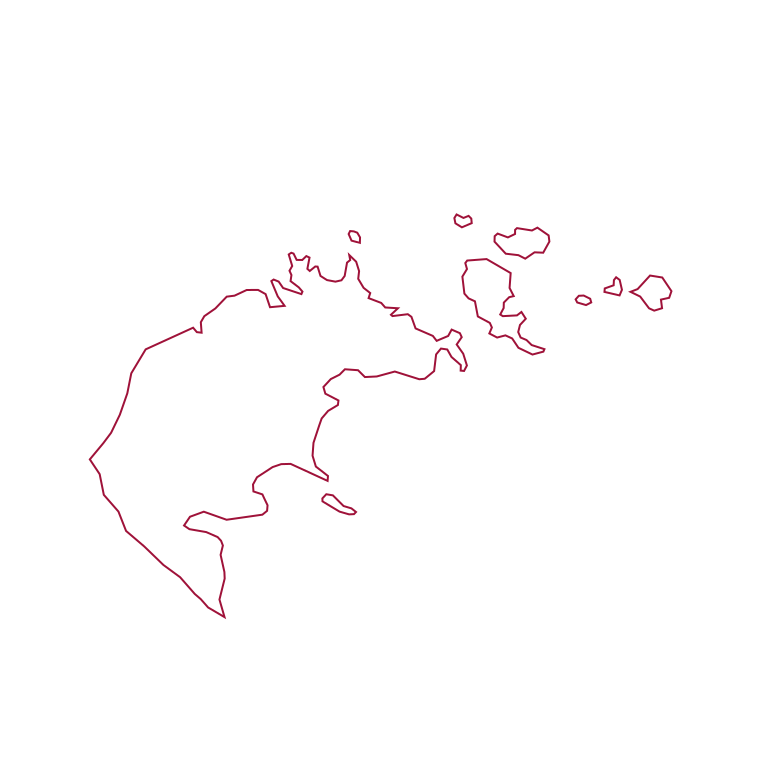 Cholsan, P'yŏngan-bukto, North Korea, rotated 248°
{"feature_id": "82179303B45759472884401", "entity_name": "Cholsan", "entity_type": "district", "adm_level": 2, "iso_a3": "PRK", "parent_name": "North Korea", "parent_adm1": "P'yŏngan-bukto", "projection": "natural_earth1", "projection_center": [124.652, 39.648], "detail": "fine", "context": "isolated", "style": "outline", "palette": "rose", "viewbox_px": 768, "rotation_deg": 248, "n_neighbors": 0, "source": "geoboundaries", "source_scale": "gbopen_adm2", "svg_char_len": 3227}
<svg xmlns="http://www.w3.org/2000/svg" viewBox="0 0 768 768"><g transform="rotate(248 384 384)"><path d="M414.2,85.1L406.9,86.6L386.2,82.7L365.2,90.0L344.4,89.8L323.3,100.8L298.8,111.7L281.2,122.6L260.2,129.9L253.2,133.5L242.7,137.2L227.6,148.8L245.8,150.7L263.3,163.4L269.5,165.6L286.8,168.5L294.6,174.1L299.6,174.2L304.4,172.4L313.3,163.7L322.3,149.2L327.7,145.6L333.6,154.4L333.1,169.1L317.1,187.2L308.4,222.3L310.2,228.1L315.2,230.6L323.0,230.1L327.2,229.9L333.3,222.7L339.9,224.9L345.1,231.3L348.7,249.6L348.2,258.7L344.9,267.5L315.3,295.4L319.7,297.6L333.0,289.9L344.3,290.9L355.9,296.6L370.3,308.8L375.4,313.3L380.0,322.1L381.8,333.4L385.8,335.6L397.0,326.0L403.9,326.7L408.5,336.5L409.3,346.3L412.3,353.3L406.5,365.1L397.6,368.9L393.7,380.1L391.5,398.7L375.2,418.5L373.6,423.7L374.1,425.4L377.2,435.3L391.9,443.4L395.5,450.1L392.3,455.6L383.8,456.7L372.7,462.3L367.7,460.1L366.1,463.1L370.1,467.8L382.4,468.8L393.4,466.2L398.3,473.6L402.7,473.4L409.1,467.1L404.5,461.5L404.3,449.0L410.3,447.3L423.7,434.1L426.5,434.2L436.0,434.6L439.8,432.2L443.8,417.3L445.6,416.4L449.0,425.3L454.5,413.8L460.2,411.8L469.4,401.9L473.5,405.3L480.8,401.1L491.2,399.5L498.0,403.2L507.8,404.0L516.6,400.1L511.6,399.1L510.4,395.2L498.9,388.0L496.1,383.4L497.1,377.3L501.7,370.1L503.9,368.5L508.0,365.6L517.7,366.4L518.7,364.3L516.6,357.5L519.5,356.1L529.1,362.3L531.7,359.9L529.6,354.7L531.8,349.5L538.8,349.0L540.4,347.2L539.8,344.2L527.8,343.1L524.4,338.8L519.7,339.0L514.4,335.9L505.5,341.2L500.2,343.0L498.3,341.1L510.8,326.4L518.4,324.7L522.2,320.8L521.6,318.1L505.0,318.3L499.1,319.8L493.7,321.1L497.9,307.1L511.7,307.9L518.4,302.5L522.6,291.9L521.9,278.5L523.9,270.9L517.2,255.9L514.2,242.8L509.9,237.3L499.9,234.1L502.2,229.9L507.7,228.1L505.4,176.0L488.6,153.7L471.5,142.5L454.5,127.6L441.0,112.7L434.3,101.6L424.3,83.0L414.2,85.1ZM454.2,496.9L437.7,492.4L431.7,494.5L426.6,499.3L411.5,496.3L401.0,505.0L396.0,505.2L391.4,500.6L384.7,506.3L383.6,514.8L378.2,519.9L367.2,522.2L355.7,532.7L354.3,543.9L356.2,545.8L364.8,535.5L371.4,532.6L375.9,528.1L381.9,527.9L387.8,532.2L391.4,539.9L399.3,538.4L397.8,533.0L402.4,519.6L404.9,517.8L409.6,523.4L414.6,525.6L417.6,532.6L416.9,537.2L426.0,536.4L439.4,543.0L461.4,525.9L465.5,513.0L467.3,507.4L465.7,504.7L459.5,504.0L454.2,496.9ZM471.5,584.8L470.9,578.7L478.7,565.7L477.8,563.3L474.0,561.7L473.5,553.8L480.9,545.7L479.6,542.0L474.6,539.8L459.2,545.7L453.1,556.9L447.3,561.9L449.7,572.9L446.1,580.8L454.1,590.7L460.1,592.3L471.5,584.8ZM378.5,681.9L384.9,671.3L377.0,654.7L377.1,647.1L369.1,654.3L354.9,658.1L350.8,662.0L350.1,670.2L358.5,672.4L357.1,680.7L362.4,685.3L378.5,681.9ZM280.9,307.2L286.0,300.8L299.9,294.9L303.4,289.2L301.0,284.0L298.2,283.0L282.3,295.0L276.2,302.8L274.6,307.4L275.8,310.1L280.9,307.2ZM396.0,639.2L394.2,636.1L389.5,633.9L389.9,624.5L386.8,622.9L377.9,635.6L382.2,639.9L392.2,641.5L396.0,639.2ZM508.2,525.4L508.2,519.9L514.0,514.8L511.5,511.4L506.2,510.4L500.1,514.9L500.3,525.6L504.7,526.9L508.2,525.4ZM391.2,602.3L392.8,597.7L390.7,593.4L387.2,593.7L381.5,600.9L382.0,606.7L385.8,607.1L391.2,602.3ZM534.3,415.9L536.8,413.2L538.5,409.9L536.3,407.4L529.1,407.6L523.9,414.5L528.9,416.7L534.3,415.9Z" fill="none" stroke="#9f1239" stroke-width="2"/></g></svg>